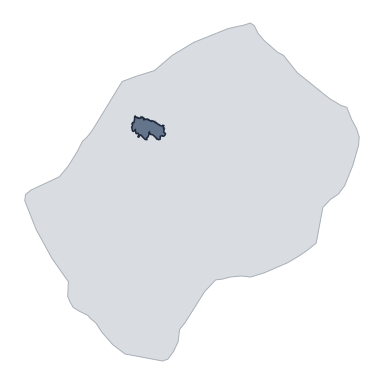 Tebe-Tebe, Berea, Lesotho shown in context
{"feature_id": "5366337B30705161784886", "entity_name": "Tebe-Tebe", "entity_type": "district", "adm_level": 2, "iso_a3": "LSO", "parent_name": "Lesotho", "parent_adm1": "Berea", "projection": "albers", "projection_center": [27.887, -29.222], "detail": "fine", "context": "in_parent", "style": "filled", "palette": "slate", "viewbox_px": 384, "rotation_deg": 0, "n_neighbors": 0, "source": "geoboundaries", "source_scale": "gbopen_adm2", "svg_char_len": 5769}
<svg xmlns="http://www.w3.org/2000/svg" viewBox="0 0 384 384"><path d="M264.6,272.7L251.8,276.7L250.0,277.0L241.8,276.0L230.9,276.9L222.3,279.1L215.6,279.9L204.7,291.5L184.9,322.9L179.6,329.4L178.1,341.8L173.5,351.5L167.9,359.1L162.4,361.0L146.0,357.9L125.0,354.0L112.7,344.6L101.8,332.1L96.0,323.1L90.0,318.1L87.9,315.4L79.3,311.2L76.1,309.1L73.2,307.5L69.8,301.5L67.7,296.3L68.4,281.7L62.3,273.1L51.9,258.3L45.3,246.2L36.2,229.6L30.6,215.5L24.8,200.8L25.5,194.5L30.9,190.1L46.9,182.6L59.3,176.8L68.1,166.3L77.8,150.6L82.5,141.2L87.2,136.9L92.4,130.2L101.4,115.5L111.4,99.1L122.1,81.5L135.8,76.4L154.4,70.6L172.3,55.3L193.7,42.4L228.2,28.5L244.3,25.0L250.4,23.0L254.3,25.7L258.3,33.8L264.1,40.5L277.6,52.3L283.4,55.2L297.2,72.6L312.1,84.6L329.2,98.4L340.9,105.4L346.8,107.3L351.6,119.5L356.5,128.6L359.2,137.0L358.6,145.2L352.9,165.2L344.7,185.6L338.3,194.1L330.5,199.4L322.9,207.4L319.8,223.8L316.2,243.1L306.3,251.0L298.6,256.2L288.0,262.5L264.6,272.7Z" fill="#d9dde1" stroke="#a8b0b8" stroke-width="1"/><path d="M160.3,138.5L160.2,138.2L160.3,137.4L160.1,136.9L160.1,136.7L160.2,136.4L160.6,136.2L160.9,136.2L161.3,135.8L161.5,135.7L162.3,135.7L162.5,135.8L162.6,136.1L162.8,136.1L163.1,136.2L163.5,136.3L163.7,136.2L164.9,135.3L165.1,134.7L165.4,134.0L165.5,133.8L165.2,133.2L164.9,133.2L164.5,132.9L164.1,132.5L163.7,132.2L163.7,131.8L163.9,131.2L163.8,130.6L163.9,130.3L164.1,130.0L164.2,129.6L164.0,129.4L164.0,129.1L163.8,129.0L163.6,128.6L163.5,128.4L163.3,127.9L163.3,127.7L163.7,127.8L163.7,127.7L163.8,127.7L163.6,127.5L163.6,127.4L163.4,127.3L163.4,127.1L163.5,126.4L163.7,125.8L163.8,125.7L163.3,125.4L163.1,125.5L162.8,125.3L162.7,125.5L162.2,125.9L162.0,126.0L161.7,126.0L161.4,126.0L161.2,125.8L160.9,125.7L160.4,125.4L160.1,125.5L159.6,125.3L159.5,125.1L159.4,125.1L159.2,124.7L158.8,124.5L158.4,124.5L158.2,124.2L157.6,123.8L157.1,123.7L157.0,123.4L156.8,123.2L156.7,123.0L156.3,123.1L156.1,122.6L155.7,122.6L155.6,122.4L155.4,122.4L155.0,122.2L154.9,122.1L154.7,121.9L154.7,121.7L154.5,121.8L154.4,121.7L154.2,121.8L153.8,121.6L153.6,121.2L153.4,121.2L153.2,121.1L152.8,121.1L152.6,121.0L152.5,120.9L152.4,121.0L152.2,121.0L152.1,120.9L151.9,120.9L151.7,121.2L151.3,121.3L151.2,121.3L151.2,121.0L151.0,120.7L150.8,120.8L150.7,120.9L150.2,120.8L149.9,120.7L149.7,120.5L149.6,120.2L149.4,120.1L149.2,120.2L148.8,120.2L148.7,120.0L148.7,119.9L148.6,119.7L148.4,119.7L148.2,119.4L148.0,119.5L147.6,119.6L147.5,119.4L147.4,119.5L147.3,119.3L147.3,119.2L147.2,119.2L146.8,119.1L146.7,119.2L146.4,119.3L146.3,119.2L146.1,119.3L145.9,119.4L145.7,119.4L145.4,119.3L145.2,119.5L144.8,119.5L144.8,119.3L144.7,119.3L144.4,119.4L144.4,119.5L144.2,119.6L144.1,119.8L143.8,119.8L143.8,119.7L143.7,119.2L143.4,118.8L143.5,118.7L143.4,118.6L143.4,118.4L143.1,118.0L143.1,117.8L143.3,117.8L143.0,117.6L142.8,117.3L142.7,117.5L142.5,117.4L142.3,117.4L142.2,117.5L142.1,117.4L141.9,117.3L141.9,117.5L141.7,117.5L141.6,117.4L141.5,117.6L141.4,117.6L141.3,117.4L141.2,117.3L141.2,117.5L140.9,117.5L140.9,117.8L140.5,117.8L140.5,118.0L140.4,118.0L140.3,117.9L140.3,117.7L140.3,117.9L140.2,118.0L139.9,118.2L139.6,118.2L139.6,118.3L139.4,118.4L138.9,118.3L138.8,118.2L138.7,118.1L138.8,118.0L138.7,117.9L138.4,117.8L138.3,118.0L138.1,118.1L137.9,117.9L137.9,118.0L137.2,117.6L136.8,117.8L136.7,117.8L136.4,117.6L136.3,117.4L136.2,117.0L135.6,116.9L135.4,116.9L135.4,116.5L135.2,116.1L134.9,116.3L134.8,116.6L134.7,116.6L134.7,116.8L134.7,117.0L134.8,117.2L134.8,117.4L134.6,117.5L134.6,117.8L134.6,118.2L134.6,118.6L134.5,118.9L134.6,119.2L134.5,119.3L134.5,119.7L134.5,120.1L134.3,120.4L134.3,120.6L134.2,120.7L134.2,121.2L134.1,121.3L134.1,121.5L134.0,121.9L133.9,122.0L134.0,122.1L133.9,122.2L133.9,122.5L133.5,122.6L133.2,122.9L133.0,123.0L132.8,122.9L132.8,123.0L132.6,123.0L132.2,123.3L132.0,123.7L132.0,123.8L132.1,124.2L132.1,124.4L132.4,124.5L132.5,124.7L132.5,124.9L132.5,125.0L132.5,125.5L132.4,126.0L132.0,126.4L132.0,126.6L131.9,126.7L131.7,127.4L131.7,127.7L131.8,127.9L132.0,128.2L132.0,128.3L132.1,128.5L132.1,128.8L132.2,129.0L132.2,129.8L132.3,130.5L132.6,130.9L132.8,131.1L132.9,131.3L133.6,131.4L133.8,131.2L134.2,131.0L134.4,130.8L134.6,130.4L135.0,130.0L135.2,129.7L135.4,129.6L135.4,129.8L135.3,130.8L135.4,131.0L135.5,131.1L135.7,131.9L135.8,132.4L135.8,132.7L135.9,133.1L136.0,133.2L136.1,133.5L136.7,133.7L137.1,133.5L137.6,133.3L137.8,133.2L138.1,133.5L138.4,133.8L138.5,134.3L138.6,134.6L138.5,135.0L138.5,135.4L138.5,135.5L138.3,135.8L138.2,136.3L138.0,136.5L137.9,136.8L138.3,137.1L139.0,137.0L139.1,136.9L139.2,136.7L138.9,136.6L138.7,136.7L138.6,136.3L138.6,136.2L139.0,136.4L139.2,136.0L139.4,135.6L139.2,135.3L139.3,135.3L139.4,135.2L139.9,135.0L140.1,135.2L140.3,135.2L140.6,135.0L140.9,135.4L141.1,135.5L141.3,135.4L141.6,135.5L141.9,135.9L142.0,136.2L142.0,136.4L142.1,136.5L142.3,136.4L142.4,136.5L142.6,136.8L142.6,137.0L142.9,137.1L143.4,137.8L143.5,137.8L143.8,138.0L144.1,138.5L144.3,138.6L144.5,138.8L144.6,139.0L144.9,139.1L145.0,139.3L145.6,139.6L146.2,139.6L146.4,139.7L146.9,139.6L147.0,139.3L146.8,139.0L146.6,138.2L146.8,137.8L147.2,137.6L147.8,137.2L148.0,136.4L148.4,136.1L148.7,135.2L148.8,134.3L148.9,133.0L148.8,132.6L149.0,132.3L149.3,132.3L149.4,132.2L149.4,132.3L149.6,132.8L149.5,133.0L149.6,133.3L149.5,133.6L149.5,133.8L149.7,133.7L149.8,133.8L150.0,133.7L149.9,133.5L150.1,133.5L150.3,133.7L150.4,134.1L150.5,134.1L150.6,134.4L150.9,134.4L151.1,134.5L151.4,134.6L151.6,134.6L152.6,134.8L153.1,135.1L153.5,135.5L154.0,135.9L154.1,136.1L154.5,136.2L154.6,136.4L155.1,137.0L155.4,137.3L155.7,137.4L156.0,137.7L156.1,138.0L156.1,138.3L156.6,138.9L156.9,138.7L157.4,139.3L158.0,139.3L158.7,139.7L159.0,139.5L159.3,139.5L159.9,139.4L160.1,139.2L160.3,138.5Z" fill="#64748b" stroke="#1e293b" stroke-width="1.5"/></svg>